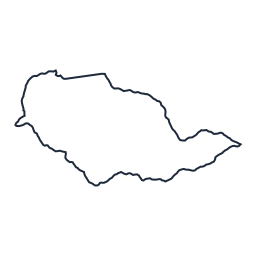 Ibirapuã, Bahia, Brazil
{"feature_id": "56859067B44438626938012", "entity_name": "Ibirapuã", "entity_type": "district", "adm_level": 2, "iso_a3": "BRA", "parent_name": "Brazil", "parent_adm1": "Bahia", "projection": "robinson", "projection_center": [-39.99, -17.74], "detail": "fine", "context": "isolated", "style": "outline", "palette": "slate", "viewbox_px": 256, "rotation_deg": 0, "n_neighbors": 0, "source": "geoboundaries", "source_scale": "gbopen_adm2", "svg_char_len": 3594}
<svg xmlns="http://www.w3.org/2000/svg" viewBox="0 0 256 256"><path d="M65.9,78.8L64.0,78.8L62.7,78.1L61.7,76.9L60.5,75.5L59.2,76.1L57.4,75.9L55.8,74.8L56.5,72.7L55.7,70.5L53.4,71.6L51.9,71.4L50.4,71.3L48.6,71.4L47.3,72.4L45.5,73.6L44.0,73.8L42.2,73.4L40.5,73.8L39.2,74.5L38.0,75.4L36.7,76.0L34.3,75.9L32.5,76.6L31.2,77.7L29.9,79.0L28.2,80.8L27.3,83.0L25.8,85.5L25.6,87.7L25.2,89.1L24.8,90.5L24.2,92.4L23.6,94.8L23.4,96.5L22.7,97.6L22.0,99.3L21.7,100.9L22.0,103.0L22.6,105.5L23.1,107.4L23.6,109.0L23.4,110.4L24.4,111.2L24.4,113.3L24.6,115.8L23.1,116.5L21.6,117.4L20.3,118.2L18.9,119.7L18.1,121.5L16.9,122.4L16.0,123.4L15.4,125.0L16.4,125.9L19.1,126.1L22.4,125.2L23.8,124.6L25.3,123.6L26.6,123.3L28.4,123.6L30.0,125.1L31.5,125.8L32.8,127.6L33.5,129.7L34.0,131.1L34.7,132.4L36.9,133.6L37.7,135.9L38.9,137.6L39.6,139.3L40.7,141.1L42.1,143.2L43.5,145.1L45.0,145.7L46.3,145.2L47.7,145.4L49.3,147.5L50.5,148.3L51.8,148.6L53.0,149.6L54.2,150.4L55.6,151.3L58.0,151.1L59.5,150.7L61.1,151.1L63.2,151.7L65.6,152.1L65.9,153.9L65.4,156.4L65.5,158.2L66.5,159.6L67.9,160.8L69.7,162.1L71.3,162.0L72.7,162.3L73.6,163.8L75.0,165.7L76.0,167.3L77.6,167.9L78.6,169.2L80.3,170.4L82.1,171.2L84.0,172.0L84.5,174.4L85.3,176.2L86.7,178.3L87.7,180.0L89.2,182.3L90.9,182.9L92.6,183.7L93.9,184.7L95.0,185.4L96.5,185.5L97.7,185.3L98.8,184.6L99.9,182.9L101.4,182.6L102.8,182.8L104.3,182.7L105.4,182.1L106.9,181.5L108.0,180.6L109.9,178.8L111.9,177.8L113.5,175.8L115.0,174.6L116.9,174.1L118.4,172.9L119.6,172.7L121.0,172.0L122.3,172.7L123.5,173.3L124.8,174.0L126.6,174.3L128.1,173.4L129.6,173.2L131.3,173.8L133.1,175.0L134.6,174.6L137.1,174.4L139.0,175.6L139.7,176.9L140.8,178.4L141.9,180.1L143.4,180.5L145.1,179.3L146.8,178.7L148.7,178.5L150.1,178.3L152.0,179.5L154.0,179.5L155.7,179.7L157.5,179.4L159.2,179.1L160.7,179.2L161.9,180.3L163.9,180.6L165.3,181.5L166.6,180.9L168.0,180.3L169.8,179.4L171.5,178.6L172.6,177.1L173.8,175.7L175.0,174.6L176.1,173.8L177.1,173.0L177.9,171.6L179.5,170.1L181.1,169.6L182.6,169.2L183.9,168.9L185.3,169.5L186.7,169.7L188.5,169.7L190.6,170.2L192.4,170.7L193.9,170.6L195.1,170.3L196.1,169.2L198.5,167.8L200.6,166.7L202.7,166.6L204.6,165.9L205.9,164.7L207.8,164.3L210.1,163.6L212.1,162.4L213.9,161.6L215.2,159.2L215.2,157.8L216.1,156.6L218.9,154.7L221.0,153.7L222.3,153.0L223.2,152.0L225.1,150.4L227.3,149.3L229.3,147.6L231.2,146.6L232.4,146.1L234.4,145.8L235.8,146.3L237.5,146.5L238.9,146.0L240.6,144.3L238.4,143.3L236.2,142.1L234.9,141.7L233.3,141.1L231.3,140.0L230.1,138.5L227.7,137.3L225.8,135.8L223.9,134.8L223.0,133.6L221.6,132.8L219.8,132.8L218.2,133.5L216.1,133.8L213.8,133.9L212.3,132.8L210.9,131.8L208.6,131.5L206.4,130.0L204.5,130.3L202.7,130.4L201.3,130.2L200.2,131.2L199.0,131.9L198.0,132.7L197.0,134.0L195.7,135.2L194.1,136.2L192.4,137.3L190.8,137.5L189.1,137.6L186.8,138.9L185.1,140.5L183.1,140.5L181.6,140.4L180.1,140.0L179.0,138.6L178.0,136.8L177.1,134.7L175.8,132.9L174.6,131.1L173.2,129.9L172.2,128.6L171.3,126.8L170.4,124.7L169.7,123.4L169.1,121.7L168.7,119.7L167.2,118.3L166.0,117.5L165.3,116.0L165.3,113.8L165.6,111.9L165.1,109.1L163.7,107.3L162.3,106.0L161.3,105.1L160.7,102.7L159.0,101.2L157.3,101.0L155.3,99.5L153.7,98.8L152.1,97.4L150.8,96.2L149.4,95.2L147.2,94.1L145.5,94.2L144.3,93.7L142.7,93.6L140.6,93.2L138.5,92.2L137.1,92.1L135.8,92.5L134.4,92.4L133.1,92.0L131.5,90.9L130.1,90.1L128.5,90.2L127.0,90.6L125.3,90.8L123.8,91.1L122.2,90.2L120.0,88.9L118.4,88.4L116.6,88.4L114.6,88.6L113.1,87.7L112.1,86.8L111.0,85.2L110.4,83.3L109.5,82.0L108.8,80.3L107.5,78.8L106.5,77.3L105.7,75.9L104.9,73.9L101.6,73.8L65.9,78.8Z" fill="none" stroke="#1e293b" stroke-width="2"/></svg>